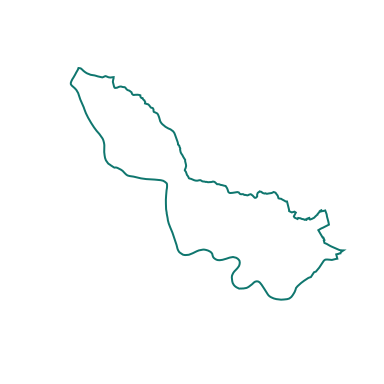 Bocicoiu Mare, Maramures, Romania, rotated 210°
{"feature_id": "2599482B75512170064618", "entity_name": "Bocicoiu Mare", "entity_type": "district", "adm_level": 2, "iso_a3": "ROU", "parent_name": "Romania", "parent_adm1": "Maramures", "projection": "mercator", "projection_center": [24.006, 47.948], "detail": "fine", "context": "isolated", "style": "outline", "palette": "teal", "viewbox_px": 384, "rotation_deg": 210, "n_neighbors": 0, "source": "geoboundaries", "source_scale": "gbopen_adm2", "svg_char_len": 6010}
<svg xmlns="http://www.w3.org/2000/svg" viewBox="0 0 384 384"><g transform="rotate(210 192 192)"><path d="M352.3,242.6L352.0,240.8L352.0,237.3L351.9,235.3L351.9,232.1L352.0,229.6L351.8,227.2L351.5,225.9L351.1,225.2L350.7,224.7L349.9,224.3L349.1,224.0L347.6,223.7L345.6,223.3L343.3,222.6L340.1,220.8L334.9,216.2L328.1,211.2L326.5,209.8L323.3,207.2L319.1,204.4L313.9,201.4L309.2,199.0L305.3,197.3L301.2,195.9L296.2,193.6L294.7,192.5L294.0,191.8L293.0,190.8L291.9,189.5L291.2,188.5L288.0,182.7L285.9,179.9L284.4,178.1L282.4,176.4L279.6,175.1L278.6,174.7L276.4,174.6L275.9,174.5L272.4,174.3L271.5,174.3L271.0,174.6L270.5,175.0L269.6,175.4L268.6,175.6L264.7,175.8L262.6,175.6L259.3,174.6L257.6,174.2L256.2,174.1L255.2,174.3L253.8,174.7L250.3,176.1L243.0,178.3L238.1,180.3L230.5,184.1L225.0,186.6L222.6,187.3L221.4,187.3L220.6,187.3L218.4,186.9L217.8,186.5L217.1,185.6L216.3,184.2L215.6,182.7L214.9,180.8L212.8,176.3L210.8,172.3L208.8,168.9L205.8,164.1L203.4,161.2L203.3,160.9L200.0,157.1L198.7,155.4L196.4,153.1L193.2,150.5L188.6,147.0L178.9,138.4L176.2,135.6L174.9,134.6L173.3,133.7L171.9,133.4L168.6,133.2L167.2,133.6L166.0,134.2L163.3,136.1L160.7,139.4L158.3,143.0L156.8,144.9L153.8,147.5L152.9,148.1L152.1,148.4L151.0,148.8L148.9,149.3L147.3,149.4L146.0,149.4L144.7,149.1L143.5,148.5L142.7,147.6L141.4,146.4L140.1,145.8L138.5,145.6L137.1,145.6L135.7,145.9L133.9,146.8L131.7,148.5L128.9,151.4L126.6,154.0L124.0,156.2L121.0,157.1L119.2,157.1L117.6,156.7L116.4,156.1L115.3,154.7L114.7,153.3L114.3,151.6L114.4,150.2L114.6,148.5L115.6,144.4L115.8,142.8L115.7,140.9L115.5,139.5L114.8,137.9L113.7,136.4L112.5,134.8L111.2,133.5L109.3,132.4L107.7,131.9L105.8,131.7L102.9,131.9L99.2,134.2L96.8,136.2L95.6,138.0L93.9,142.0L93.1,144.7L92.4,146.0L91.4,146.9L90.3,147.5L89.1,147.6L88.0,147.5L85.4,146.5L81.0,144.3L75.3,141.3L73.9,140.7L72.1,140.4L70.7,140.4L68.0,140.7L65.4,141.4L61.0,143.3L58.6,144.9L56.0,146.8L54.5,148.4L53.5,150.7L53.2,153.0L53.1,156.4L53.4,158.8L53.9,160.9L53.5,163.2L52.9,165.1L52.0,167.8L50.6,171.1L48.3,175.7L47.6,176.6L46.5,177.8L46.2,183.5L44.9,185.0L44.0,190.1L43.5,198.3L43.1,199.4L42.7,200.1L41.7,200.8L40.6,201.4L38.9,202.2L36.9,203.1L33.9,206.0L32.8,206.9L35.9,210.1L34.8,211.2L34.0,211.7L33.9,212.3L33.6,212.6L32.8,213.1L32.9,213.4L32.9,214.3L32.5,215.5L31.7,217.1L32.6,216.6L34.5,215.7L35.8,215.4L44.0,214.5L45.5,214.4L49.5,214.4L51.8,214.1L53.7,216.0L53.3,216.6L55.3,218.1L55.5,217.9L56.2,218.2L56.3,218.0L63.5,222.1L62.2,224.5L61.4,225.7L60.9,226.3L57.1,232.2L58.9,234.3L59.7,235.1L62.8,238.2L64.0,239.7L64.7,240.4L67.4,242.6L69.0,241.0L69.6,240.6L70.2,240.0L70.9,240.8L71.2,240.4L71.5,240.0L71.8,239.1L71.4,238.8L71.4,238.7L71.6,238.5L71.9,237.3L72.2,235.6L72.0,235.2L72.2,234.9L72.3,234.5L72.8,233.0L73.1,231.9L73.3,230.9L74.0,229.8L74.7,228.7L76.0,227.2L76.6,227.2L77.5,228.2L78.1,227.6L78.1,227.1L78.3,226.8L78.9,226.6L79.0,226.4L79.0,226.1L78.9,225.2L79.0,225.0L79.1,224.9L79.3,224.9L79.6,225.2L79.8,225.2L80.1,224.8L80.5,224.3L80.7,224.2L81.0,224.3L81.7,224.2L83.4,223.6L84.0,223.5L84.8,223.5L87.1,222.6L87.1,221.4L90.4,221.1L91.6,221.8L91.8,226.1L93.4,226.2L95.4,224.2L98.3,224.0L99.3,225.4L105.0,231.3L106.2,230.6L107.4,230.7L110.3,230.6L111.3,230.7L113.1,230.0L113.9,229.8L114.5,230.3L115.1,230.9L115.9,231.6L116.6,232.0L116.8,232.0L117.1,232.1L117.6,232.4L118.5,232.7L119.1,233.1L119.9,233.1L121.3,232.8L122.1,231.5L122.7,230.8L125.2,228.8L125.7,228.3L126.7,227.7L127.6,227.7L128.3,227.0L128.6,226.9L129.2,226.8L129.6,226.6L130.7,226.5L131.3,226.7L132.0,226.8L132.4,226.7L133.0,226.5L133.3,226.2L133.7,226.3L134.3,224.9L134.6,224.1L134.5,223.3L134.2,222.1L133.4,220.9L133.4,220.3L133.7,219.4L133.8,219.0L134.0,218.8L134.7,218.4L135.0,218.4L137.9,219.3L138.6,219.3L139.2,219.5L140.1,219.4L140.3,219.2L141.2,218.3L141.9,217.2L142.5,216.7L143.7,216.4L143.8,216.3L144.5,216.1L145.1,215.7L145.5,215.6L145.9,215.7L146.5,215.7L147.0,215.5L148.2,214.7L149.0,214.4L149.8,214.4L151.3,215.0L152.7,214.6L155.9,212.0L156.4,211.6L157.1,211.1L158.3,210.3L158.7,210.1L159.5,210.0L160.3,210.1L161.1,210.7L162.4,211.9L163.5,212.8L165.9,214.0L166.2,213.9L167.4,213.5L169.4,213.0L170.7,212.5L171.3,212.4L172.2,212.3L172.7,212.1L174.2,211.3L176.4,211.8L177.5,212.0L178.3,211.8L179.1,211.5L179.6,210.9L180.4,210.2L181.4,209.6L182.3,208.9L183.2,208.4L184.4,208.1L185.1,207.6L186.3,207.3L187.8,206.6L188.5,206.4L189.8,206.5L190.7,206.4L191.6,205.8L193.0,204.5L194.5,203.7L196.0,203.3L199.4,202.9L200.5,202.6L201.0,202.4L201.6,202.4L202.5,203.1L203.7,203.8L204.5,204.1L205.1,204.4L205.7,205.0L207.5,206.5L209.0,207.1L209.2,207.5L209.4,208.1L209.4,209.0L209.7,210.2L210.1,211.6L211.1,212.9L213.3,215.2L214.1,216.5L215.2,217.0L217.2,218.1L218.7,219.1L220.2,219.8L221.4,220.5L222.2,221.3L223.6,222.9L223.8,223.6L224.4,224.2L225.2,224.7L226.3,225.8L227.8,226.1L228.3,226.9L229.3,228.0L235.2,233.0L236.7,234.2L238.6,235.1L241.9,235.5L244.3,235.2L246.5,235.2L247.6,235.2L249.2,235.5L251.1,235.8L252.6,236.2L253.5,236.6L254.8,237.3L257.8,240.2L259.5,241.6L260.4,242.2L261.3,242.6L262.2,242.6L263.8,242.5L264.9,242.3L265.3,242.4L265.8,242.9L266.6,244.2L267.3,244.7L267.8,245.0L268.3,245.0L269.5,244.6L270.0,244.6L271.1,245.1L272.5,245.7L273.7,246.0L277.0,245.2L277.5,246.5L278.3,246.9L278.9,247.5L280.0,247.6L281.0,248.0L281.8,248.6L282.7,248.1L283.3,248.3L284.3,248.7L285.1,249.9L286.4,249.6L287.8,249.0L289.9,247.7L290.9,246.9L291.6,246.7L293.0,247.0L293.7,247.6L294.2,248.1L296.6,248.4L297.2,248.4L297.9,248.2L298.9,248.1L299.7,248.2L300.4,248.4L301.8,249.0L302.2,249.1L303.0,249.0L303.7,248.6L304.8,248.2L306.1,247.9L306.9,247.4L307.5,246.9L308.1,246.2L309.0,244.9L309.4,244.5L309.9,244.3L310.5,243.7L311.1,243.6L312.1,244.2L315.6,247.8L316.5,250.1L316.6,250.8L317.3,252.3L318.0,251.8L319.8,250.4L320.9,249.9L321.7,249.6L324.1,249.3L325.0,249.0L325.6,248.2L326.4,247.1L327.0,246.4L331.5,245.0L333.3,244.6L334.8,244.2L337.1,243.3L338.5,242.8L340.9,242.5L341.9,242.3L343.5,242.3L344.9,242.4L346.8,242.7L348.3,243.1L349.8,243.4L350.9,243.2L352.3,242.6Z" fill="none" stroke="#0f766e" stroke-width="2"/></g></svg>